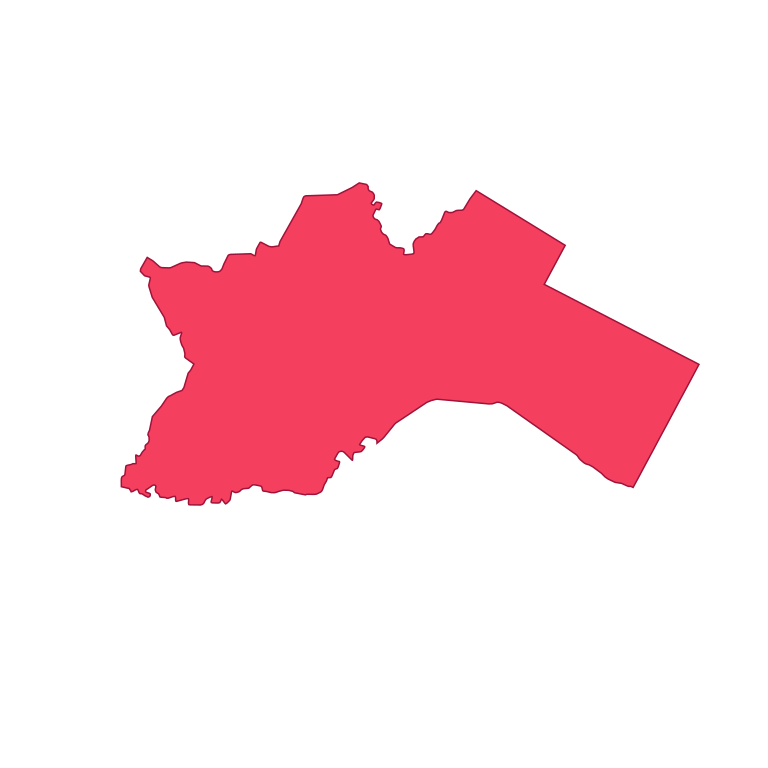 an SVG outline of Otjozondjupa, rotated 28°
{"feature_id": "NAM-3349", "entity_name": "Otjozondjupa", "entity_type": "Region", "adm_level": 1, "iso_a3": "NAM", "parent_name": "Namibia", "parent_adm1": "", "projection": "natural_earth1", "projection_center": [17.471, -20.567], "detail": "fine", "context": "isolated", "style": "filled", "palette": "rose", "viewbox_px": 768, "rotation_deg": 28, "n_neighbors": 0, "source": "natural_earth", "source_scale": "10m", "svg_char_len": 6098}
<svg xmlns="http://www.w3.org/2000/svg" viewBox="0 0 768 768"><g transform="rotate(28 384 384)"><path d="M652.9,218.8L652.9,228.1L652.9,242.9L652.8,257.7L652.8,272.5L652.8,287.3L652.7,302.1L652.7,316.9L652.6,331.7L652.6,346.5L652.5,358.4L650.0,358.5L648.2,359.5L646.8,359.8L640.4,360.2L635.0,362.1L633.6,362.4L626.6,362.7L622.9,362.3L617.8,360.7L607.1,359.1L603.0,359.1L599.5,359.8L597.5,359.7L592.9,358.7L591.0,358.0L588.5,356.6L586.7,356.1L505.7,345.9L503.1,345.5L497.1,345.6L494.3,346.1L492.3,347.1L489.1,350.5L486.1,352.3L438.0,372.5L437.0,373.2L433.5,376.4L430.5,380.0L412.7,413.0L412.2,414.6L409.0,431.0L408.3,433.4L405.6,439.6L404.9,438.2L404.2,437.3L403.2,436.5L401.6,436.6L394.4,438.4L392.4,439.8L391.3,444.3L390.9,447.9L390.9,448.9L391.3,449.1L392.2,449.0L395.4,448.3L396.3,448.3L396.6,448.7L396.6,449.7L396.3,452.0L396.0,453.2L395.5,454.4L394.2,455.5L390.6,457.9L389.8,458.7L389.8,459.9L389.9,461.1L390.2,462.2L391.7,465.2L391.9,466.1L391.4,466.2L380.9,463.0L379.9,462.9L379.0,463.0L377.9,463.4L376.9,464.2L376.0,465.2L375.7,467.4L375.6,472.9L375.7,473.7L376.3,474.0L377.2,474.1L379.3,473.9L381.0,473.4L381.4,473.7L381.7,474.6L382.4,478.3L382.5,479.5L382.4,480.6L380.9,482.1L380.6,483.2L380.7,484.4L381.2,489.4L381.2,490.6L380.9,491.6L378.3,493.2L378.3,494.0L378.3,494.4L378.6,495.7L378.7,496.7L378.7,497.5L378.5,501.0L379.3,505.9L379.3,507.4L378.9,509.0L376.2,512.8L374.1,514.3L367.8,517.5L366.6,518.8L356.1,522.0L353.9,521.6L349.8,522.6L345.0,525.0L341.6,528.1L339.5,530.4L338.3,531.4L335.6,532.8L330.9,534.0L328.0,535.1L327.3,535.2L326.7,534.9L325.1,533.0L324.2,532.2L323.3,532.0L322.2,532.2L317.6,533.6L316.5,534.1L315.5,534.7L314.8,536.0L313.6,539.3L313.0,539.9L309.7,542.0L308.6,542.9L307.7,544.2L307.0,546.4L306.6,547.1L305.8,548.0L304.9,548.9L303.8,549.6L302.7,549.8L300.7,549.7L300.0,550.0L300.1,551.1L302.2,557.5L302.4,558.5L302.4,559.2L301.4,562.5L300.9,563.5L300.4,564.2L299.5,564.0L295.4,562.1L294.7,562.0L294.6,562.6L294.8,564.8L294.6,565.9L293.9,566.6L292.8,567.3L288.1,569.6L287.2,569.7L286.7,569.3L286.4,568.3L285.8,565.8L285.5,564.8L285.0,564.2L284.1,565.0L283.2,565.9L281.6,568.2L281.0,569.3L280.8,570.4L280.8,574.1L280.2,575.5L278.9,576.9L269.4,581.8L268.3,582.1L267.6,581.4L266.9,580.3L266.4,579.0L265.8,577.8L265.1,577.1L264.1,577.6L263.0,578.4L256.4,584.6L255.6,585.2L255.1,585.1L254.4,584.2L253.8,583.0L253.1,581.9L252.3,581.3L251.1,582.0L250.0,583.0L248.0,585.2L247.1,586.1L245.9,586.8L244.6,586.8L240.1,588.7L239.1,588.9L237.7,587.6L236.5,586.8L233.7,586.6L232.5,585.7L231.6,584.6L230.9,582.2L230.4,581.2L229.7,580.9L228.8,581.0L227.9,581.4L227.1,582.5L224.3,588.0L223.7,588.7L223.6,589.4L223.7,590.3L224.1,591.1L225.0,591.2L228.3,590.6L229.2,590.8L229.7,591.6L230.0,592.7L229.6,593.9L228.7,594.7L225.6,594.9L222.6,594.6L221.7,594.6L220.7,595.1L219.8,595.4L218.7,594.9L216.7,593.2L215.8,592.8L214.9,593.4L214.1,594.4L212.7,596.6L211.9,597.5L211.3,597.9L210.7,597.3L209.3,596.6L208.2,595.9L200.3,598.0L197.1,592.1L196.5,590.7L196.2,589.5L196.4,588.5L196.8,587.9L197.4,587.0L197.7,586.4L197.7,585.5L194.9,578.4L194.7,577.3L195.3,576.5L198.6,573.7L199.7,572.2L201.8,571.1L202.4,570.7L202.0,569.7L198.7,564.3L198.3,563.3L198.8,563.0L199.7,563.0L200.7,563.1L201.7,562.6L202.4,561.4L202.5,558.0L203.2,554.7L203.6,554.0L203.6,553.5L203.4,552.9L202.7,551.8L202.2,550.8L202.2,549.7L202.6,548.6L203.2,547.5L203.4,545.9L203.2,544.2L201.6,541.4L200.6,540.4L199.8,540.0L199.4,539.7L198.8,537.7L198.7,535.0L194.8,521.5L197.8,508.1L198.8,498.7L199.2,497.3L199.6,496.2L200.8,494.7L204.7,488.8L208.7,484.5L209.0,481.0L206.0,466.4L206.8,462.5L206.8,455.6L197.1,454.3L196.2,454.1L195.4,453.7L194.9,452.7L194.2,451.1L193.8,450.5L190.5,446.7L189.7,446.1L188.0,445.1L186.6,444.0L184.0,441.4L182.9,439.9L182.2,438.4L181.5,434.4L181.2,433.7L180.9,433.5L180.3,434.0L176.0,439.2L175.4,439.7L174.7,439.9L173.5,439.4L169.4,436.7L164.7,434.8L158.7,428.3L138.7,416.3L130.7,408.3L129.8,406.9L128.2,400.9L127.9,400.1L127.4,399.7L126.3,399.8L122.9,400.6L121.9,400.8L121.1,400.6L116.0,398.9L115.3,397.2L115.1,396.0L115.5,383.4L122.3,383.8L130.6,385.8L132.0,385.9L133.5,385.4L139.5,382.5L141.1,381.4L147.5,373.1L148.9,371.7L152.2,369.2L159.2,366.0L160.1,365.8L166.3,365.7L167.3,365.6L172.3,363.0L173.2,362.6L174.4,362.4L175.8,362.6L177.4,363.0L179.1,364.5L180.6,364.6L182.1,364.3L183.6,363.6L185.0,362.7L186.1,361.6L186.6,360.0L186.9,358.6L186.8,357.3L186.3,353.2L186.0,343.6L186.5,342.7L187.5,341.7L205.3,331.5L208.3,331.6L209.2,331.5L209.9,331.2L209.8,330.2L208.1,325.1L208.0,323.9L208.1,317.2L208.4,316.8L209.0,316.6L217.8,316.5L220.6,315.6L226.2,311.5L225.3,307.0L226.3,263.7L225.4,258.5L225.3,256.6L225.3,256.4L225.9,255.3L226.7,254.5L254.0,238.8L263.6,225.5L267.7,218.1L274.9,216.0L276.3,216.5L277.5,217.3L278.0,218.6L279.0,219.6L280.4,220.3L283.8,220.1L285.5,220.9L286.8,221.9L288.1,224.4L288.4,225.2L288.4,226.3L287.9,229.7L288.0,230.6L288.8,231.0L289.7,231.1L290.6,231.0L291.1,230.6L291.3,229.7L291.3,228.6L291.6,227.6L292.0,226.9L294.6,226.0L296.7,225.7L297.3,225.8L297.6,226.7L298.1,230.3L298.1,231.5L298.0,232.4L297.2,232.7L295.4,233.0L294.9,233.4L294.8,234.3L295.0,239.1L295.1,240.1L295.4,240.8L296.2,241.6L297.3,242.2L298.7,242.6L300.8,242.2L302.2,242.5L303.4,242.9L306.9,245.4L307.4,245.9L307.8,246.6L308.0,248.5L308.6,249.4L310.5,251.0L311.8,251.6L313.3,252.0L315.7,251.8L317.5,252.6L319.2,253.7L322.7,257.2L323.2,257.6L323.7,257.8L329.9,258.1L331.4,257.7L334.5,256.1L337.0,255.4L338.2,255.5L338.8,256.2L339.3,257.1L340.0,259.3L340.5,260.2L341.3,260.2L342.6,259.6L347.2,256.6L348.3,255.7L349.0,254.6L348.4,253.1L344.9,248.2L344.0,246.6L343.8,245.1L343.7,243.6L344.1,240.9L344.6,240.1L345.1,239.3L345.8,237.8L349.4,235.7L349.8,234.4L350.0,233.0L350.4,231.7L351.4,231.1L352.6,230.7L353.9,230.4L354.9,229.9L355.5,229.0L356.0,226.8L356.5,223.4L356.5,219.1L356.7,217.6L357.0,216.2L357.8,215.3L357.9,213.7L357.9,212.1L357.0,204.0L357.2,202.8L357.9,202.3L359.1,202.2L360.5,202.2L362.1,201.5L364.0,200.3L366.4,196.9L368.3,195.6L371.2,194.0L372.3,192.6L373.0,180.2L374.6,170.0L478.9,176.5L478.7,220.8L652.9,218.8L652.9,218.8Z" fill="#f43f5e" stroke="#9f1239" stroke-width="1.5"/></g></svg>